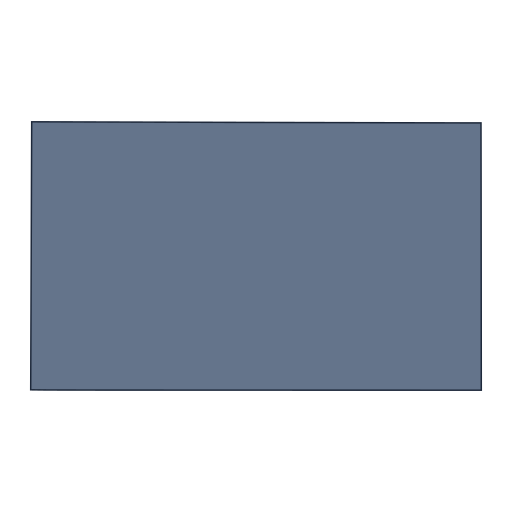 the district of Ransom, North Dakota, United States of America
{"feature_id": "52423323B99125508310727", "entity_name": "Ransom", "entity_type": "district", "adm_level": 2, "iso_a3": "USA", "parent_name": "United States of America", "parent_adm1": "North Dakota", "projection": "equal_earth", "projection_center": [-97.685, 46.457], "detail": "fine", "context": "isolated", "style": "filled", "palette": "slate", "viewbox_px": 512, "rotation_deg": 0, "n_neighbors": 0, "source": "geoboundaries", "source_scale": "gbopen_adm2", "svg_char_len": 248}
<svg xmlns="http://www.w3.org/2000/svg" viewBox="0 0 512 512"><path d="M31.7,121.8L30.7,389.8L47.4,390.0L105.6,390.1L481.3,390.2L481.1,189.2L481.0,122.9L466.5,122.9L241.4,122.4L31.7,121.8Z" fill="#64748b" stroke="#1e293b" stroke-width="1.5"/></svg>